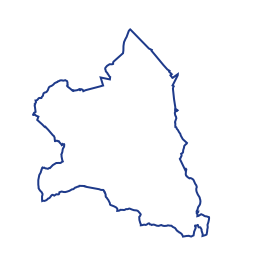 Piatra-Neamt, Neamt, Romania (Robinson projection), rotated 280°
{"feature_id": "2599482B9055838557903", "entity_name": "Piatra-Neamt", "entity_type": "district", "adm_level": 2, "iso_a3": "ROU", "parent_name": "Romania", "parent_adm1": "Neamt", "projection": "robinson", "projection_center": [26.355, 46.921], "detail": "fine", "context": "isolated", "style": "outline", "palette": "blue", "viewbox_px": 256, "rotation_deg": 280, "n_neighbors": 0, "source": "geoboundaries", "source_scale": "gbopen_adm2", "svg_char_len": 5623}
<svg xmlns="http://www.w3.org/2000/svg" viewBox="0 0 256 256"><g transform="rotate(280 128 128)"><path d="M88.7,200.9L89.3,199.5L89.5,198.5L89.5,198.0L89.1,197.2L89.3,196.9L89.6,196.0L89.8,195.7L90.3,194.7L91.0,194.0L91.1,193.6L91.4,193.4L92.5,192.9L95.2,192.6L97.4,192.6L97.8,192.1L97.1,191.6L96.7,191.5L106.6,184.4L107.9,185.1L109.0,185.2L109.5,185.5L110.7,185.5L111.8,184.8L113.0,186.1L113.8,186.4L115.9,186.2L118.4,186.6L118.6,186.5L120.0,186.5L121.7,187.5L122.7,188.4L123.1,188.6L123.5,188.7L126.5,183.9L129.7,181.3L131.3,180.5L133.2,178.6L134.5,177.7L135.8,176.1L137.0,175.5L137.1,175.4L137.3,174.4L137.8,174.4L138.7,174.1L139.7,174.0L140.7,173.8L141.3,173.4L142.0,173.5L142.4,173.3L146.0,173.9L147.7,173.2L148.0,172.8L149.0,172.2L150.9,171.5L152.4,171.6L153.2,173.2L154.0,173.8L154.6,172.6L154.2,172.5L154.3,172.3L154.6,171.7L154.4,171.5L154.3,171.2L156.6,171.0L164.5,168.3L174.6,165.4L176.4,165.5L177.0,165.8L177.3,165.5L177.6,164.5L188.4,167.8L188.8,167.8L189.7,167.7L185.1,163.2L185.2,162.8L186.3,161.8L187.2,161.1L187.0,160.9L187.3,160.6L188.6,161.7L190.6,158.7L191.5,159.0L192.5,156.6L196.1,152.0L208.2,137.7L209.0,137.9L209.9,134.8L225.5,113.1L225.3,112.8L223.7,111.9L217.4,110.8L215.5,110.1L211.9,109.2L208.0,109.3L203.5,110.0L200.8,110.1L190.8,102.2L190.0,102.0L188.5,102.2L188.2,101.7L187.9,100.9L187.6,98.8L185.6,96.6L183.9,95.6L183.0,95.2L182.1,95.3L181.2,95.9L180.0,96.3L179.3,97.1L178.7,98.0L177.7,98.6L177.5,99.1L176.2,100.1L175.3,101.1L175.1,101.6L174.8,101.6L172.7,101.7L173.0,92.3L165.5,96.1L164.0,93.0L157.8,79.5L156.5,77.6L157.5,77.0L157.8,76.6L158.1,75.3L157.9,74.5L158.0,73.8L157.9,73.6L157.0,74.3L156.9,74.2L157.3,73.3L157.2,72.7L156.4,71.3L155.6,69.0L155.7,67.5L155.0,67.6L155.0,67.3L155.0,67.1L156.6,64.5L158.2,61.5L158.9,60.7L159.9,61.2L160.2,60.9L160.8,60.6L161.8,60.7L163.5,59.9L164.2,57.9L163.7,56.9L163.4,56.1L163.4,55.1L163.5,54.7L163.3,53.5L163.0,53.0L163.0,52.8L162.2,51.8L161.8,50.9L161.0,50.5L160.8,49.8L160.4,49.5L160.2,49.0L159.3,47.9L157.7,46.9L157.0,46.2L156.2,45.4L155.5,44.2L154.7,43.3L153.7,42.9L151.4,42.5L150.5,42.1L149.4,41.5L148.8,40.7L148.5,39.9L147.6,38.9L146.9,38.7L145.0,38.6L143.5,37.7L142.5,37.5L142.3,36.8L142.2,35.4L141.7,34.8L140.7,34.3L139.7,33.6L139.1,32.7L139.0,32.2L137.4,32.9L136.0,32.4L135.2,32.4L135.2,32.1L134.6,32.2L133.7,32.2L132.6,32.7L127.8,34.2L126.7,32.9L125.5,32.6L124.9,32.2L124.4,32.4L124.4,32.7L125.0,34.2L124.5,34.7L124.2,35.3L123.6,37.8L120.2,37.2L116.7,42.8L114.5,45.9L114.4,46.3L114.8,46.5L114.3,47.2L113.8,47.8L112.4,49.7L107.7,55.4L107.4,56.2L105.8,57.4L104.8,57.6L102.6,58.3L102.8,58.7L102.6,59.0L103.0,59.5L103.0,60.3L103.1,60.5L102.9,61.1L103.0,61.2L102.9,61.6L103.0,61.9L102.8,62.5L102.2,62.7L100.2,65.4L99.7,65.7L100.2,66.2L100.5,66.3L100.4,66.4L100.6,66.5L100.7,66.8L101.0,67.8L100.6,68.1L98.5,68.3L98.3,68.1L97.3,67.9L96.9,67.6L95.7,67.4L92.9,67.5L92.2,67.3L91.2,67.3L90.8,67.0L90.4,66.9L89.2,67.4L88.4,67.5L84.8,68.9L83.7,69.6L83.3,69.0L82.2,68.0L81.8,67.4L81.5,65.6L81.1,63.5L80.8,63.1L78.4,60.4L75.0,58.1L75.0,57.5L73.9,56.2L74.0,54.8L73.9,53.8L74.4,52.3L74.1,52.0L74.0,51.5L74.1,51.1L74.3,50.7L74.2,50.6L73.9,50.4L73.0,50.4L72.1,50.0L71.4,50.1L70.1,49.8L69.1,49.8L66.3,48.8L61.1,48.7L56.6,49.5L54.1,50.3L53.4,50.3L52.2,51.2L51.0,52.4L49.8,54.1L48.2,55.3L47.1,55.4L45.9,55.2L42.5,55.8L41.2,56.2L41.6,56.8L41.7,58.4L42.6,59.9L43.5,60.8L44.5,61.4L44.8,62.0L45.6,62.9L46.2,63.3L48.1,64.2L49.0,65.0L49.1,65.7L48.6,67.1L50.3,68.9L50.4,70.2L50.6,71.2L51.2,71.6L52.8,71.6L53.3,72.5L53.9,73.7L53.8,75.7L54.0,77.3L54.7,78.9L56.0,81.3L57.8,83.4L58.2,84.6L58.5,85.0L60.2,86.4L60.6,87.4L61.4,88.4L61.7,89.4L61.9,89.8L62.6,90.1L63.3,95.2L63.1,96.2L62.9,96.1L62.8,97.1L62.7,110.3L62.4,111.7L62.4,112.6L62.7,114.3L62.5,114.7L61.1,116.0L61.0,115.8L58.9,117.4L58.3,117.6L57.8,117.6L57.5,117.8L56.5,118.0L56.1,118.4L55.5,119.3L54.6,120.1L53.7,121.1L51.0,123.1L49.6,123.6L49.2,124.0L48.5,127.6L47.8,129.9L47.4,130.5L46.9,131.2L46.3,131.6L45.8,131.7L44.5,131.8L45.0,133.5L45.4,134.1L46.1,134.7L46.5,137.5L46.5,138.3L46.9,139.1L47.8,140.2L48.0,141.7L48.3,142.3L48.8,143.0L48.9,143.6L48.4,146.0L48.1,148.1L48.3,150.8L48.1,151.9L47.7,152.6L45.9,154.8L45.2,155.5L44.4,155.4L43.6,155.2L42.4,154.5L39.4,155.2L36.7,156.5L35.5,157.3L34.4,157.5L34.9,159.1L35.6,160.6L35.6,161.5L35.6,162.2L36.0,163.0L37.5,164.6L37.7,165.2L37.7,165.6L37.3,166.0L36.9,166.3L36.9,167.6L36.6,168.2L37.0,168.9L37.3,169.9L37.3,170.8L36.8,173.3L36.9,175.0L37.2,175.7L38.2,177.5L38.2,178.0L37.9,178.5L37.8,180.4L38.1,181.9L38.5,183.3L39.0,184.0L39.1,184.8L39.1,186.2L39.3,187.8L38.4,189.2L37.7,191.6L36.8,192.7L36.1,193.2L35.3,194.4L34.9,194.7L34.8,195.5L34.4,196.2L34.0,196.7L33.9,197.6L32.9,199.3L31.2,200.7L30.6,201.0L32.0,204.9L32.1,205.9L32.3,206.2L32.4,206.6L32.1,208.5L32.2,209.3L32.8,210.0L33.6,211.2L36.5,211.2L37.1,211.1L41.2,212.0L41.8,211.9L42.7,211.2L43.1,211.0L43.5,211.0L43.7,211.4L43.7,212.3L43.9,212.7L44.6,213.4L44.6,213.6L42.5,214.8L42.6,215.7L42.7,216.3L42.7,216.5L41.3,217.7L40.7,218.1L39.6,218.3L36.4,220.0L34.6,220.1L36.0,222.9L36.7,223.8L37.2,223.9L40.2,223.9L41.8,223.7L43.7,223.8L44.8,223.6L46.0,223.2L46.4,223.1L49.1,223.5L51.5,223.6L53.5,223.5L54.0,223.3L54.4,223.0L54.3,222.2L54.6,220.9L54.5,219.3L54.7,218.5L54.9,217.9L55.2,217.5L55.8,215.0L53.7,212.7L53.2,211.6L54.8,211.5L55.6,210.8L56.0,210.5L56.4,211.0L57.3,211.7L57.8,211.7L57.2,210.5L57.3,210.3L57.5,210.1L58.1,210.1L59.9,210.7L61.2,210.7L62.7,211.0L63.8,211.6L64.9,212.0L66.0,212.2L68.3,212.1L69.9,211.6L71.0,211.0L72.1,210.6L74.6,208.3L77.2,206.6L78.5,206.1L79.8,205.8L80.5,205.8L81.8,206.0L83.4,205.2L84.7,203.9L88.1,201.6L88.7,200.9Z" fill="none" stroke="#1e3a8a" stroke-width="2"/></g></svg>